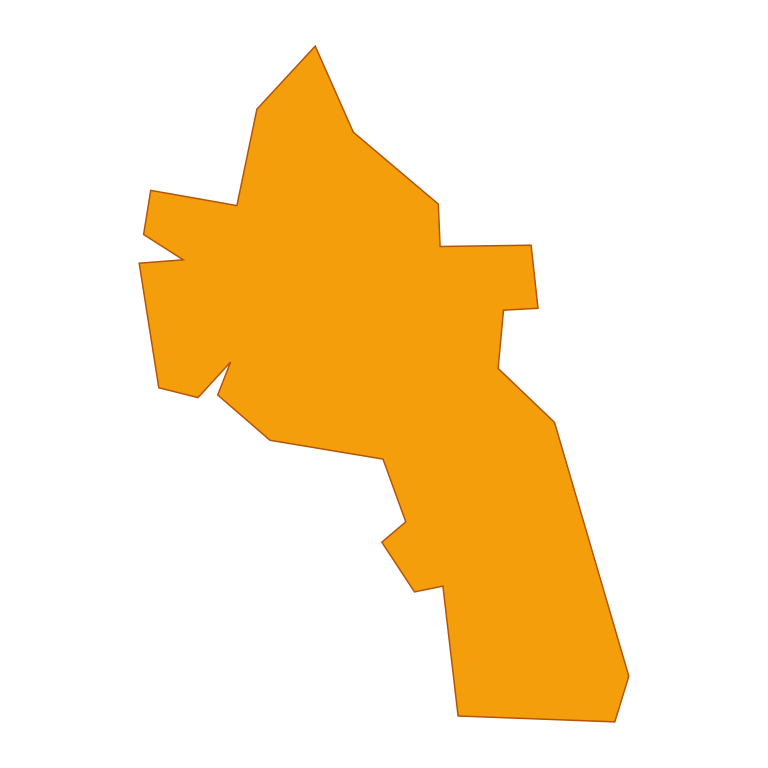 the district of Shuto Orizari, Čučer Sandevo, North Macedonia
{"feature_id": "65306769B24962411373352", "entity_name": "Shuto Orizari", "entity_type": "district", "adm_level": 2, "iso_a3": "MKD", "parent_name": "North Macedonia", "parent_adm1": "Čučer Sandevo", "projection": "mercator", "projection_center": [21.412, 42.049], "detail": "fine", "context": "isolated", "style": "filled", "palette": "amber", "viewbox_px": 768, "rotation_deg": 0, "n_neighbors": 0, "source": "geoboundaries", "source_scale": "gbopen_adm2", "svg_char_len": 479}
<svg xmlns="http://www.w3.org/2000/svg" viewBox="0 0 768 768"><path d="M554.5,422.4L498.1,368.4L503.5,310.2L538.0,308.3L531.1,245.2L440.1,246.5L438.3,204.1L353.3,132.2L315.2,46.1L256.9,109.2L236.9,205.6L150.7,190.4L143.6,234.5L183.2,259.8L139.2,263.2L158.8,387.8L198.0,397.6L230.6,362.0L217.7,395.0L270.0,440.3L383.0,459.1L405.8,521.8L381.8,542.2L414.5,591.9L442.9,586.1L458.1,716.0L614.8,721.9L628.8,676.2L554.5,422.4Z" fill="#f59e0b" stroke="#b45309" stroke-width="1.5"/></svg>